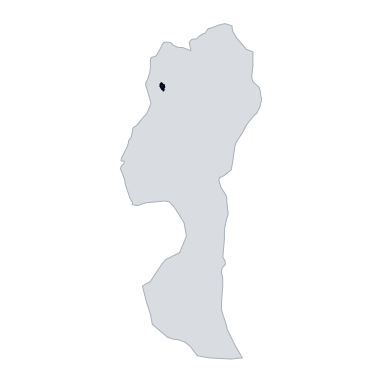 location of Kalncempju pag., Aluksne, Latvia, rotated 269°
{"feature_id": "27541924B44633250029767", "entity_name": "Kalncempju pag.", "entity_type": "district", "adm_level": 2, "iso_a3": "LVA", "parent_name": "Latvia", "parent_adm1": "Aluksne", "projection": "robinson", "projection_center": [26.892, 57.332], "detail": "fine", "context": "in_parent", "style": "filled", "palette": "ink", "viewbox_px": 384, "rotation_deg": 269, "n_neighbors": 0, "source": "geoboundaries", "source_scale": "gbopen_adm2", "svg_char_len": 3033}
<svg xmlns="http://www.w3.org/2000/svg" viewBox="0 0 384 384"><g transform="rotate(269 192 192)"><path d="M284.6,263.3L282.2,263.0L275.6,261.2L270.0,258.4L266.6,254.7L260.8,249.7L257.0,247.1L251.1,243.9L241.2,237.3L237.5,235.8L219.9,232.9L213.5,231.6L207.7,224.1L205.9,219.8L203.0,219.1L199.8,220.0L196.4,220.8L188.3,225.9L185.7,226.6L180.8,226.7L169.2,227.8L164.0,226.0L154.9,223.9L150.0,223.6L145.6,223.7L126.2,221.7L122.6,223.8L119.0,224.2L115.6,220.9L111.3,219.9L106.5,221.1L97.8,221.2L87.6,220.1L74.5,219.3L72.5,219.7L57.8,224.1L54.2,224.8L38.1,232.3L25.3,239.4L24.3,228.1L25.9,205.6L28.2,194.5L37.1,188.0L41.7,182.9L44.4,176.2L45.4,169.9L47.4,164.8L60.4,150.0L70.3,148.4L83.7,144.3L98.7,140.9L101.5,145.2L102.9,148.5L120.5,160.6L125.0,164.7L131.6,178.6L148.1,185.7L161.3,183.5L167.1,180.1L177.7,173.7L182.5,169.1L183.5,164.6L182.0,145.6L179.3,137.3L180.4,132.1L182.2,132.4L186.7,129.9L201.3,125.3L204.2,125.1L207.6,124.2L216.8,120.7L219.7,122.5L222.1,124.6L223.5,124.7L224.2,123.9L224.0,122.5L224.7,121.6L227.3,122.1L237.9,127.8L241.9,129.2L244.7,129.6L248.1,132.3L257.1,134.1L258.2,135.5L258.9,137.2L267.4,144.5L271.2,148.2L278.8,151.6L282.0,152.4L295.3,148.9L299.0,147.7L302.0,147.7L305.1,149.5L312.2,151.9L318.6,152.7L319.8,152.5L325.3,152.8L327.2,153.7L328.5,158.4L334.7,162.1L340.4,165.1L341.9,166.5L342.4,169.2L342.0,172.4L341.3,174.1L338.9,175.9L336.8,180.7L336.6,185.3L333.3,193.2L334.1,193.3L341.0,191.9L343.0,192.7L344.6,194.5L345.1,199.4L347.4,201.6L349.7,205.1L350.5,207.8L355.0,211.0L355.4,213.1L358.1,220.5L359.2,224.7L359.7,228.0L358.4,232.2L357.3,235.0L355.9,234.9L351.9,235.6L345.5,239.0L336.1,247.0L333.7,248.8L331.3,254.9L330.7,255.5L325.2,255.2L323.7,255.1L318.1,255.2L306.1,253.6L301.5,254.7L295.3,260.9L293.0,261.8L285.8,262.6L284.6,263.3Z" fill="#d9dde1" stroke="#a8b0b8" stroke-width="1"/><path d="M297.5,166.4L297.9,166.1L298.1,166.2L298.8,166.0L298.9,165.9L299.0,165.9L299.3,166.0L299.3,165.9L299.5,165.7L299.5,165.4L299.4,165.4L299.4,165.2L299.5,165.2L299.8,165.0L299.8,164.9L300.0,164.8L300.1,164.7L300.3,164.5L300.4,164.4L300.5,164.4L300.7,164.2L300.8,164.2L301.0,164.1L301.1,163.9L301.1,163.7L301.3,163.6L301.5,163.5L301.5,163.4L301.5,163.2L301.4,163.0L301.2,163.0L301.2,162.9L300.8,162.7L300.7,162.7L300.5,162.4L300.4,162.3L300.3,162.2L300.2,162.1L299.8,162.1L299.7,162.1L299.4,162.2L299.2,162.2L298.9,162.2L298.8,162.3L298.7,162.3L298.6,162.2L298.4,162.1L298.2,162.0L297.9,162.4L297.7,162.5L297.3,162.6L297.0,162.7L296.9,162.8L296.7,162.9L296.5,163.0L296.4,163.0L296.1,163.2L296.0,163.3L296.0,163.5L295.9,163.5L295.7,163.5L295.4,163.7L295.4,163.8L295.2,163.9L295.0,164.0L294.9,164.4L294.9,164.6L294.7,164.6L294.3,164.8L294.1,164.9L293.8,165.1L293.9,165.3L294.2,165.4L294.2,165.5L294.3,165.5L294.4,165.4L294.5,165.3L294.6,165.2L294.8,165.2L295.0,165.1L295.3,165.1L295.5,165.1L295.8,165.2L295.8,165.3L295.9,165.2L295.9,165.3L296.0,165.3L296.3,165.2L296.5,165.1L296.7,165.3L296.9,165.4L296.9,165.6L296.9,165.9L297.1,166.0L297.5,166.4Z" fill="#0f172a" stroke="#020617" stroke-width="1.5"/></g></svg>